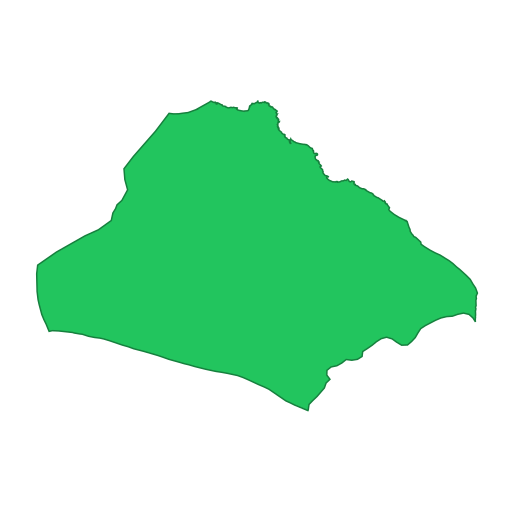 the district of Brum Mayf'ah, Hadramawt, Yemen, rotated 268°
{"feature_id": "15242507B1280575170074", "entity_name": "Brum Mayf'ah", "entity_type": "district", "adm_level": 2, "iso_a3": "YEM", "parent_name": "Yemen", "parent_adm1": "Hadramawt", "projection": "natural_earth1", "projection_center": [48.863, 14.347], "detail": "fine", "context": "isolated", "style": "filled", "palette": "green", "viewbox_px": 512, "rotation_deg": 268, "n_neighbors": 0, "source": "geoboundaries", "source_scale": "gbopen_adm2", "svg_char_len": 6112}
<svg xmlns="http://www.w3.org/2000/svg" viewBox="0 0 512 512"><g transform="rotate(268 256 256)"><path d="M99.7,302.5L100.3,302.8L105.8,303.8L109.6,307.7L113.5,312.1L121.7,319.7L126.6,321.6L130.2,325.6L134.5,322.6L139.3,322.9L142.5,327.2L143.5,333.0L146.1,338.1L149.4,342.5L148.5,348.1L149.2,353.8L151.9,358.5L156.8,359.3L159.6,364.0L162.8,369.0L166.1,373.3L169.0,378.2L170.3,383.7L168.4,389.2L165.0,393.5L161.8,398.4L161.8,404.3L165.1,408.5L168.9,412.3L173.4,415.1L177.7,418.1L180.6,422.9L185.6,433.4L187.6,438.6L188.8,444.4L189.0,450.2L190.7,455.6L191.7,461.4L190.2,466.9L186.5,470.7L182.5,473.0L183.8,472.9L185.7,473.0L186.6,473.2L188.6,473.2L189.1,473.4L193.9,473.4L194.2,473.7L195.8,473.9L196.3,473.7L197.4,473.6L198.5,474.2L204.1,474.2L205.9,474.8L206.7,474.6L208.3,474.6L211.2,476.0L216.4,474.3L220.4,471.8L225.1,469.3L229.0,465.7L235.3,459.3L238.1,456.0L241.5,452.6L244.6,448.8L246.9,445.3L250.5,440.0L252.9,435.1L255.9,429.9L259.7,424.3L262.0,421.4L264.2,421.1L269.1,416.2L269.8,414.5L271.5,413.5L272.6,412.5L275.2,411.0L277.3,410.8L279.3,409.9L285.3,408.2L285.4,407.5L285.7,407.3L286.1,407.3L286.4,407.0L286.1,406.4L286.4,405.9L286.7,405.8L289.7,400.1L292.8,395.4L296.3,391.3L297.8,390.3L299.6,391.1L303.0,388.7L303.2,388.9L303.5,388.7L303.6,387.7L304.5,386.9L305.0,386.8L305.3,387.2L305.6,387.0L306.0,386.5L306.6,386.3L306.2,385.7L306.6,384.4L307.0,384.3L310.0,380.0L310.4,378.5L311.2,377.7L312.0,376.1L312.5,376.0L313.0,375.3L313.7,375.2L314.2,374.5L314.6,374.1L314.9,373.6L315.3,372.1L317.7,368.3L318.1,367.9L318.5,368.0L318.8,367.3L318.8,366.9L319.4,366.2L319.5,364.4L320.7,361.8L322.1,360.4L322.6,359.6L323.3,357.6L324.0,357.7L324.3,357.4L324.6,356.5L325.9,356.4L326.2,356.7L326.9,356.6L327.6,354.3L327.2,353.9L326.8,353.1L327.0,352.3L327.4,351.7L329.2,350.8L329.7,350.2L328.3,348.7L328.8,347.4L328.1,346.0L328.0,344.0L327.2,342.5L326.9,340.2L327.5,340.1L327.6,339.2L327.6,338.7L327.4,338.5L327.1,338.4L327.3,337.7L327.5,335.1L328.5,333.2L328.8,332.3L330.0,330.7L331.6,329.3L332.2,329.5L332.9,329.9L332.5,330.8L332.8,331.0L333.3,330.3L333.7,329.3L334.0,327.9L334.9,327.2L335.6,326.6L336.9,325.8L338.1,326.0L338.6,325.6L339.7,325.6L340.1,325.4L341.0,324.6L342.0,323.5L342.8,323.1L343.1,323.3L343.3,323.9L343.7,324.4L344.7,323.7L345.4,322.9L346.2,322.3L347.0,321.9L347.6,322.4L348.0,321.8L349.1,321.4L349.1,320.5L349.4,320.2L349.9,320.1L350.3,319.2L351.6,318.6L353.5,318.5L353.8,318.8L354.2,318.9L354.6,319.6L354.4,320.2L354.6,320.6L355.0,321.0L355.3,320.8L355.9,320.9L356.4,320.3L356.5,319.8L356.3,318.1L356.6,317.6L357.2,317.2L358.2,317.1L358.7,316.9L359.0,316.8L359.1,317.1L359.5,316.9L359.6,316.5L360.0,316.3L360.8,316.2L361.5,316.0L361.8,315.5L361.8,315.0L362.7,313.6L364.2,312.2L365.5,310.5L365.3,310.2L365.5,309.5L365.8,309.1L366.0,307.0L366.7,303.7L367.9,299.7L368.5,299.1L369.0,297.7L369.8,297.0L370.7,295.6L370.9,295.1L371.8,294.8L370.6,294.2L370.0,294.1L368.7,294.2L367.4,294.6L367.3,294.2L368.2,293.7L368.9,293.4L370.1,293.4L370.8,293.5L371.1,292.5L371.7,291.4L372.8,290.9L373.1,290.0L373.9,289.1L374.5,289.2L375.0,288.8L375.2,289.1L376.1,289.2L376.6,288.5L376.5,288.1L376.7,287.6L377.5,286.5L378.1,285.9L378.8,285.8L380.9,283.4L381.3,283.3L381.7,283.4L381.9,282.9L382.5,283.0L382.7,282.9L382.8,283.1L383.3,282.6L383.5,282.9L383.7,282.6L383.7,282.3L383.9,282.3L384.0,282.6L384.8,282.6L385.3,282.4L385.3,282.1L386.2,282.4L386.5,282.0L386.8,281.9L387.3,282.5L387.7,282.6L388.2,282.5L388.6,283.0L388.8,282.9L388.9,283.1L388.9,283.4L389.2,283.7L389.2,284.0L389.6,284.1L389.5,283.5L389.8,283.0L390.6,282.9L391.4,283.4L392.1,283.2L392.3,282.9L392.2,282.6L392.5,282.1L392.8,282.2L393.1,282.2L392.9,281.8L393.0,281.7L393.7,281.3L394.1,281.4L394.2,281.1L394.8,280.9L395.2,281.0L396.2,281.9L396.6,281.8L397.1,282.2L397.1,281.6L397.4,281.4L398.5,281.5L398.8,281.1L400.0,282.2L400.4,281.9L400.9,281.0L401.6,280.6L401.7,280.4L401.5,280.1L402.2,279.4L402.4,278.9L402.7,278.8L403.2,278.3L404.3,277.7L404.5,276.9L404.3,276.4L404.6,275.9L404.9,275.9L405.0,275.4L405.4,275.3L405.6,274.4L406.3,274.1L406.9,274.3L407.0,273.9L407.9,274.1L408.0,273.7L408.6,273.2L408.6,272.8L408.5,272.6L408.4,272.5L408.4,271.9L408.8,271.6L409.0,271.3L409.1,270.9L409.5,270.9L409.6,270.4L409.8,270.1L409.7,269.8L409.1,269.6L409.4,268.6L409.4,267.6L408.8,266.7L408.7,266.4L409.1,265.9L408.9,265.1L408.6,264.7L408.8,264.3L409.0,264.3L409.5,263.6L410.1,263.3L410.7,263.3L410.7,263.1L410.4,263.1L409.8,262.7L409.5,262.1L409.4,262.1L409.5,261.8L409.0,261.0L408.9,260.7L408.3,259.9L408.4,259.3L408.5,259.2L408.3,258.4L408.3,257.8L408.6,257.7L408.6,257.3L407.6,257.0L406.1,254.9L405.7,254.8L405.3,255.0L405.0,254.6L403.5,254.3L403.3,254.1L401.8,253.4L401.6,253.1L401.4,252.2L401.3,249.5L401.0,249.1L401.2,248.8L401.5,246.8L401.8,245.7L402.1,244.3L402.6,242.8L403.3,241.9L403.6,241.7L403.8,241.8L404.3,242.4L404.6,242.5L404.7,242.4L404.9,240.1L405.2,239.4L405.4,238.7L405.1,237.7L405.5,236.1L405.0,234.1L405.0,233.4L405.7,231.6L405.9,231.3L406.4,231.0L406.3,230.8L406.5,230.7L406.9,229.3L406.9,228.5L407.5,227.6L407.8,227.3L408.3,227.3L408.3,227.0L408.8,225.8L409.3,225.1L410.4,223.1L409.6,222.5L409.6,222.4L409.3,222.3L409.3,221.8L409.4,221.5L409.7,221.4L410.5,221.7L410.9,220.7L411.1,220.7L411.1,220.3L410.8,220.3L410.8,219.8L411.0,219.1L411.2,218.9L411.3,218.3L411.6,217.7L412.2,217.0L412.3,216.0L411.5,215.1L404.7,201.8L404.6,202.0L401.7,193.1L401.3,188.1L400.8,183.5L400.9,178.5L401.6,174.1L384.3,160.0L359.8,137.0L347.8,127.1L337.0,127.6L326.6,130.0L316.2,123.9L312.0,118.9L308.2,117.3L304.0,114.5L296.5,112.6L287.7,99.4L282.1,85.8L266.9,56.7L254.5,37.5L245.9,36.2L228.2,36.0L219.9,36.7L215.1,37.6L205.0,39.9L199.9,41.8L195.2,43.9L187.9,46.6L188.5,49.8L188.0,56.1L186.0,69.9L185.4,71.6L184.2,77.4L183.9,79.6L181.6,85.9L180.2,91.9L179.4,97.2L178.4,101.0L176.5,106.6L171.7,119.2L169.8,125.1L167.6,130.5L164.7,140.3L160.0,154.5L158.3,159.0L155.8,165.3L152.5,175.7L150.9,180.5L149.7,184.9L147.7,190.9L144.6,201.7L142.0,212.1L141.1,217.1L139.7,223.5L137.2,233.4L135.0,238.9L132.4,244.3L127.5,253.9L124.8,259.7L122.5,264.1L110.1,280.9L108.1,285.0L105.6,289.6L99.7,302.5Z" fill="#22c55e" stroke="#15803d" stroke-width="1.5"/></g></svg>